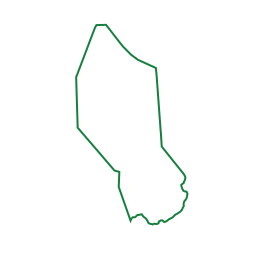 the district of Várzea Nova, Bahia, Brazil, rotated 227°
{"feature_id": "56859067B59616192254510", "entity_name": "Várzea Nova", "entity_type": "district", "adm_level": 2, "iso_a3": "BRA", "parent_name": "Brazil", "parent_adm1": "Bahia", "projection": "robinson", "projection_center": [-41.181, -11.121], "detail": "fine", "context": "isolated", "style": "outline", "palette": "green", "viewbox_px": 256, "rotation_deg": 227, "n_neighbors": 0, "source": "geoboundaries", "source_scale": "gbopen_adm2", "svg_char_len": 1282}
<svg xmlns="http://www.w3.org/2000/svg" viewBox="0 0 256 256"><g transform="rotate(227 128 128)"><path d="M162.6,91.4L137.2,90.4L106.1,89.1L101.8,91.7L91.2,81.0L58.5,66.7L59.4,68.7L59.4,70.7L58.0,72.1L57.9,73.3L58.0,74.7L57.7,75.9L57.0,76.7L56.4,77.8L55.5,79.2L54.2,79.0L52.9,78.8L51.6,79.0L50.3,79.3L48.7,79.3L46.6,78.9L45.3,78.4L44.3,78.2L43.1,78.7L41.8,79.6L40.7,80.2L40.3,81.7L39.0,82.8L37.9,84.0L37.6,85.5L38.5,86.8L38.1,88.8L36.9,90.2L34.6,90.3L34.0,91.5L33.6,92.5L33.4,93.7L33.4,95.3L32.9,97.1L32.4,98.6L32.2,100.5L32.3,101.6L32.4,102.8L32.1,104.5L31.6,106.3L31.4,107.8L31.2,109.1L31.2,110.4L31.5,112.0L32.1,113.1L32.5,114.4L32.9,115.6L34.2,116.6L34.9,117.3L35.5,118.2L36.1,119.6L36.2,121.2L36.7,122.8L37.3,123.8L38.1,125.1L39.5,126.7L41.5,127.4L43.2,126.1L44.4,125.7L45.3,126.0L46.6,126.3L47.8,126.8L49.0,127.4L50.1,128.2L50.0,129.9L49.8,131.3L50.6,132.3L50.8,133.4L51.3,134.4L52.3,135.8L53.3,136.6L55.0,137.1L56.5,137.4L71.5,138.5L91.4,140.0L93.5,141.7L101.4,148.2L104.6,150.7L116.4,160.2L121.5,164.3L145.0,183.2L145.8,183.9L152.9,189.3L171.0,181.8L179.6,180.2L186.8,180.0L191.7,179.9L193.8,180.1L198.8,180.5L218.4,182.3L224.8,175.1L223.9,172.3L220.7,165.7L201.9,127.6L200.6,124.8L164.7,93.3L163.4,92.1L162.6,91.4Z" fill="none" stroke="#15803d" stroke-width="2"/></g></svg>